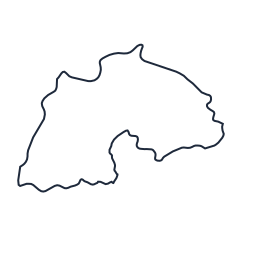 the border of Lâm Đồng, rotated 195°
{"feature_id": "VNM-480", "entity_name": "Lâm Đồng", "entity_type": "Province", "adm_level": 1, "iso_a3": "VNM", "parent_name": "Vietnam", "parent_adm1": "", "projection": "natural_earth1", "projection_center": [108.021, 11.753], "detail": "fine", "context": "isolated", "style": "outline", "palette": "slate", "viewbox_px": 256, "rotation_deg": 195, "n_neighbors": 0, "source": "natural_earth", "source_scale": "10m", "svg_char_len": 2748}
<svg xmlns="http://www.w3.org/2000/svg" viewBox="0 0 256 256"><g transform="rotate(195 128 128)"><path d="M222.1,62.7L220.1,64.9L218.9,66.6L217.9,68.9L217.4,71.6L217.7,74.6L218.4,77.3L218.7,80.6L217.2,94.4L211.5,114.9L211.8,119.5L212.8,122.3L214.1,124.2L216.4,126.8L217.1,128.2L217.7,129.7L217.5,132.0L216.5,135.0L213.7,139.2L209.1,143.8L207.9,145.3L207.5,147.5L207.5,149.2L209.2,156.9L208.1,159.0L206.5,163.5L205.5,165.2L204.0,165.9L201.9,165.0L198.1,162.8L195.3,162.4L178.6,163.0L175.9,163.7L172.7,165.4L170.9,167.4L169.8,169.3L169.2,171.7L169.1,174.4L169.3,177.1L170.1,179.6L172.1,183.5L172.4,185.1L172.0,186.7L170.6,188.6L168.0,191.1L164.8,193.8L160.8,196.2L156.8,197.9L151.3,198.9L148.0,200.0L145.3,201.9L143.5,204.2L140.2,209.6L138.3,211.3L136.7,211.9L135.5,211.7L135.0,210.8L134.9,209.8L135.1,208.6L135.3,205.8L135.2,203.6L134.9,201.6L134.1,199.7L132.2,198.1L129.4,197.0L96.1,194.9L92.3,194.2L87.6,192.9L83.1,190.4L76.9,187.8L66.1,181.5L60.4,180.7L58.4,180.8L56.9,180.3L55.9,179.3L55.2,177.2L55.1,175.6L55.4,174.4L56.0,173.5L57.2,172.2L57.6,171.5L57.7,170.7L57.2,169.3L55.9,168.1L53.2,167.0L50.7,166.3L49.2,165.7L48.4,164.5L48.3,163.4L48.4,160.5L48.3,159.5L48.2,158.8L47.9,158.0L47.2,157.6L46.2,157.3L42.5,157.5L37.5,156.6L37.4,153.6L36.9,152.1L36.0,150.0L34.0,147.1L33.9,145.3L34.4,143.0L36.9,137.3L38.7,134.8L40.0,133.4L48.3,128.2L52.2,129.4L53.6,129.5L55.2,129.3L58.1,128.6L59.5,127.8L61.3,126.2L62.9,125.0L65.1,124.2L69.1,123.6L70.9,122.9L78.6,117.0L85.6,109.7L86.4,108.3L87.1,106.0L87.9,105.1L89.0,104.5L91.2,104.1L92.5,104.3L93.5,104.7L93.9,105.4L94.1,106.2L94.3,108.5L94.5,109.4L94.8,110.2L95.2,110.8L95.6,111.3L97.3,112.6L98.2,113.2L99.1,113.4L100.0,113.4L104.5,112.5L106.5,111.9L110.3,111.2L111.6,111.1L113.0,111.4L114.1,112.1L114.9,113.0L115.3,114.2L115.4,115.7L115.2,117.4L115.4,119.3L116.0,120.9L116.9,121.9L118.4,122.2L122.8,121.4L124.2,121.6L125.2,122.3L125.8,123.2L126.3,124.1L127.1,124.9L127.8,125.5L129.2,124.9L131.2,123.0L135.9,117.6L138.5,113.2L139.7,108.9L139.5,106.2L140.2,102.2L139.5,99.5L138.7,98.7L137.5,98.2L136.4,97.4L136.0,95.8L135.5,94.6L132.3,91.0L131.1,89.1L130.7,88.0L130.4,84.2L129.9,83.3L129.1,82.8L127.9,81.6L126.7,80.5L126.2,80.5L126.0,80.0L126.1,78.0L126.3,76.4L127.5,72.9L127.9,71.1L128.7,71.1L129.9,71.8L131.3,70.8L132.9,69.1L135.1,68.0L140.5,68.9L143.0,68.4L143.4,67.1L144.8,66.0L146.2,64.8L147.4,64.2L149.3,64.1L153.1,65.1L155.9,65.3L157.1,65.7L158.1,66.3L158.9,66.5L159.8,66.4L160.5,65.4L160.9,62.9L161.2,61.6L162.4,60.2L164.3,58.7L168.2,56.5L170.2,54.8L172.0,53.8L173.7,53.5L179.2,54.6L181.6,54.4L183.8,53.1L191.4,45.7L193.4,44.7L195.5,44.5L198.2,45.3L204.7,48.4L207.0,48.9L209.6,48.4L211.6,47.8L217.2,44.1L218.9,44.8L220.5,49.0L222.1,62.7Z" fill="none" stroke="#1e293b" stroke-width="2"/></g></svg>